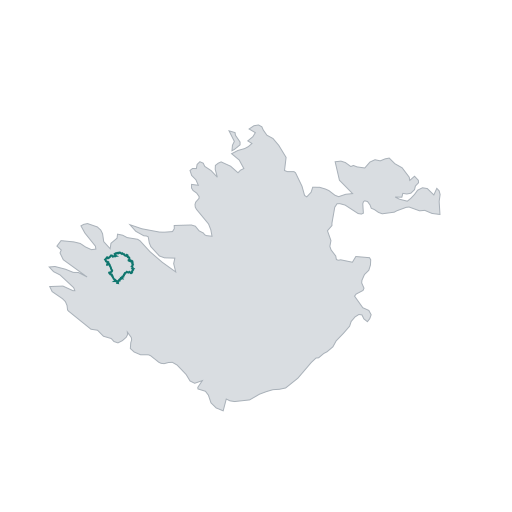 location of Castleisland Lea-4, Kerry, Ireland, rotated 55°
{"feature_id": "5873133B10619392934553", "entity_name": "Castleisland Lea-4", "entity_type": "district", "adm_level": 2, "iso_a3": "IRL", "parent_name": "Ireland", "parent_adm1": "Kerry", "projection": "mercator", "projection_center": [-9.401, 52.23], "detail": "fine", "context": "in_parent", "style": "outline", "palette": "teal", "viewbox_px": 512, "rotation_deg": 55, "n_neighbors": 0, "source": "geoboundaries", "source_scale": "gbopen_adm2", "svg_char_len": 8346}
<svg xmlns="http://www.w3.org/2000/svg" viewBox="0 0 512 512"><g transform="rotate(55 256 256)"><path d="M312.8,96.1L303.7,102.5L302.3,105.0L299.7,114.8L299.4,117.6L293.8,128.4L290.5,130.7L285.8,132.4L283.0,134.2L279.6,133.3L275.3,133.4L273.1,135.4L273.2,136.9L274.5,138.6L282.5,143.5L282.1,145.6L279.8,148.0L265.4,153.8L261.2,157.3L259.7,159.6L261.2,163.5L272.7,175.0L274.6,176.3L276.3,183.0L286.4,185.8L290.5,190.0L294.1,191.0L301.8,190.7L305.0,192.2L306.7,191.0L307.7,188.8L316.4,180.6L313.7,174.5L322.5,164.0L324.9,164.2L329.0,167.4L332.4,171.8L333.4,177.8L336.6,183.1L338.7,184.9L344.3,186.0L345.6,188.1L344.6,195.8L345.4,198.3L359.6,198.2L365.3,194.8L370.2,195.4L372.6,198.8L373.7,202.4L369.4,203.7L365.0,203.0L362.9,205.3L362.7,209.8L364.2,215.6L367.2,219.6L369.5,228.8L371.5,239.0L374.5,245.1L375.2,252.7L374.7,256.4L375.3,263.1L374.0,265.4L374.9,271.7L380.1,291.8L381.1,307.4L378.6,313.3L375.2,318.8L373.0,325.4L371.2,332.4L370.2,343.8L362.9,357.1L359.7,360.4L356.1,362.4L364.0,371.7L357.6,375.8L350.5,377.1L342.7,374.8L337.8,375.0L331.6,379.8L330.2,379.0L327.3,371.4L325.1,379.2L320.6,381.7L312.9,381.2L300.0,383.2L295.1,385.5L293.0,388.9L291.5,393.0L289.5,395.3L287.2,396.6L277.3,399.5L275.3,400.7L270.7,407.2L264.7,410.9L259.7,412.0L255.2,408.3L253.4,406.0L251.3,404.9L244.5,405.0L246.7,406.2L248.1,408.9L248.7,413.9L248.0,418.9L244.6,421.4L240.6,421.9L234.2,427.0L225.9,428.4L221.3,433.2L193.6,441.2L192.1,441.3L188.2,439.2L184.1,438.3L180.0,439.0L168.3,443.4L162.7,442.5L169.9,431.4L179.5,425.8L180.5,424.3L177.4,423.5L159.1,427.4L152.7,430.8L146.4,431.7L149.3,426.7L157.5,419.7L164.6,415.1L167.6,411.0L176.3,406.4L148.5,416.0L141.1,414.8L139.4,412.1L133.7,413.4L131.6,406.9L140.0,397.1L144.9,392.8L150.8,390.5L156.4,387.2L158.5,383.2L155.8,381.9L139.0,383.0L130.9,382.1L131.3,378.9L132.8,375.4L141.2,369.3L145.7,368.3L149.7,368.9L156.9,372.5L166.4,371.3L162.4,367.5L161.7,359.6L158.7,356.9L162.5,353.3L167.0,351.0L174.4,343.4L177.0,342.3L191.6,340.4L207.4,336.4L223.0,330.9L215.0,327.8L211.2,323.7L205.0,332.0L200.6,335.1L188.0,336.8L184.1,335.9L178.5,333.3L176.7,334.3L175.1,336.3L166.8,340.3L158.1,341.3L168.2,333.9L181.1,321.3L184.0,317.3L188.1,310.4L186.8,307.3L184.1,305.5L193.5,291.2L196.8,288.6L202.7,288.2L207.1,285.9L209.1,285.9L210.8,285.0L214.6,280.7L208.7,278.0L202.6,276.5L183.6,278.0L181.1,277.7L178.8,276.4L177.3,274.5L176.1,269.6L174.7,268.5L170.5,268.5L166.2,270.0L163.3,269.8L160.4,267.7L165.0,262.7L159.1,261.5L153.1,262.5L148.1,261.0L147.9,257.8L150.2,254.7L147.2,251.7L146.6,247.9L149.7,246.0L153.2,246.6L160.3,243.8L169.3,242.5L161.6,239.7L158.5,237.3L158.3,233.7L158.9,230.6L167.9,225.3L177.5,223.0L176.8,219.5L177.4,215.8L167.8,214.7L158.2,217.3L159.2,210.2L161.5,203.7L162.0,199.4L161.5,194.8L157.0,196.7L156.5,190.2L154.6,185.8L148.0,188.8L148.1,183.0L150.1,178.8L153.5,177.1L157.0,177.8L163.3,177.8L169.5,174.7L178.4,173.9L192.5,174.8L202.3,183.6L204.8,182.0L208.7,176.5L210.5,175.9L225.2,178.3L234.3,181.5L236.7,180.5L235.4,174.3L232.2,170.1L236.2,164.5L241.0,160.7L244.2,158.8L251.5,156.5L254.8,154.3L256.9,147.1L260.3,141.1L241.8,144.2L224.2,137.1L227.0,132.0L230.7,129.2L237.1,127.0L237.7,124.3L241.0,122.1L246.3,116.4L244.4,108.8L245.4,103.3L249.3,99.7L250.5,94.5L252.2,90.7L260.1,89.3L267.6,85.7L279.3,85.3L282.3,86.7L281.6,80.4L287.1,79.6L289.2,80.8L290.1,85.3L292.6,88.1L293.4,93.1L291.7,96.9L288.9,99.8L291.5,102.8L287.5,108.2L291.8,105.9L297.9,100.6L297.6,96.3L296.5,90.8L294.8,85.9L295.6,80.5L299.0,77.0L308.0,75.3L304.3,69.1L307.6,68.6L311.2,69.9L316.4,74.7L327.5,81.5L322.1,87.4L315.4,91.6L312.8,96.1ZM156.3,212.5L156.0,215.3L151.8,211.8L149.7,208.0L138.0,206.3L142.9,202.4L145.3,203.6L153.5,203.7L155.8,205.3L156.3,212.5Z" fill="#d9dde1" stroke="#a8b0b8" stroke-width="1"/><path d="M198.2,366.8L197.7,366.6L197.4,366.3L197.3,365.9L197.3,365.7L197.1,365.4L197.0,365.0L196.9,365.0L196.8,364.6L196.5,364.6L196.4,364.3L196.3,364.5L196.2,364.5L196.3,364.4L196.1,364.2L195.7,364.3L195.4,364.1L195.2,364.0L195.1,363.9L194.8,363.7L194.5,363.7L194.3,363.6L194.0,363.6L193.7,363.5L193.4,363.6L193.4,363.4L192.9,362.8L192.8,362.6L192.6,362.4L192.6,362.1L192.3,362.0L192.3,361.8L192.2,361.8L192.1,362.0L192.0,361.9L191.9,361.7L191.7,361.5L191.2,361.6L191.1,361.3L190.7,360.9L190.4,360.8L190.2,360.8L190.1,360.7L189.5,360.3L189.1,360.4L188.9,360.5L188.5,360.6L188.3,361.1L188.2,361.3L188.2,361.5L188.4,361.7L188.1,361.8L187.8,361.7L187.3,361.7L187.0,361.6L186.9,361.8L186.8,362.3L187.1,362.7L186.9,362.8L186.6,362.4L186.3,362.5L186.2,361.8L185.8,361.4L185.5,361.3L185.4,361.2L185.1,361.0L184.9,361.0L184.6,360.8L183.6,361.1L183.5,361.3L183.4,361.2L183.0,361.4L182.9,361.3L182.6,361.4L182.5,361.5L182.3,361.4L181.9,361.3L181.7,360.9L180.9,361.2L180.9,361.4L181.1,362.0L181.3,362.0L181.5,362.0L181.4,362.3L180.9,362.5L180.7,362.9L180.3,363.0L179.8,363.2L179.5,363.2L179.0,363.0L178.6,363.5L178.3,363.6L177.9,363.8L177.2,363.9L177.2,364.1L177.3,364.7L176.8,364.9L176.3,365.1L176.2,365.0L175.3,365.4L175.3,365.5L175.3,365.8L175.1,365.9L175.0,366.0L174.9,366.1L174.8,366.3L174.7,366.3L174.7,366.7L174.6,366.8L174.8,367.0L174.8,367.3L174.4,367.3L174.2,367.5L174.2,367.9L173.8,368.1L173.8,368.3L173.7,368.6L173.8,368.9L173.7,369.5L173.3,369.6L173.3,369.8L173.4,370.0L173.3,370.3L173.3,370.6L173.5,370.6L173.8,370.6L174.0,370.8L174.3,370.9L174.6,370.6L175.0,370.6L175.4,370.8L175.6,370.7L175.5,370.9L175.5,371.0L175.3,371.4L175.3,371.6L175.2,371.7L175.3,371.8L175.1,372.0L174.9,372.3L174.6,372.6L174.5,372.9L174.5,373.1L174.5,373.4L174.4,373.7L174.0,373.7L173.7,373.6L173.3,373.8L172.9,373.8L172.7,374.1L172.4,374.5L172.8,375.7L172.9,375.8L172.9,376.1L172.9,376.3L173.0,376.5L173.0,376.9L173.1,377.2L173.0,377.3L173.0,377.5L173.0,378.4L172.8,378.4L172.8,378.5L172.6,378.5L172.3,378.6L172.1,378.9L172.0,378.7L171.9,378.8L172.0,378.9L171.8,378.8L171.7,378.8L171.7,379.0L172.1,379.4L172.0,379.6L172.0,379.9L172.0,380.0L172.2,380.5L172.3,380.7L172.3,380.9L172.3,381.1L172.4,381.7L173.3,381.6L173.7,381.7L173.9,381.8L174.0,381.8L174.3,381.9L174.7,381.8L174.7,381.6L175.0,381.4L175.4,381.3L175.6,381.3L175.8,381.2L175.9,380.8L176.1,380.8L176.4,380.6L176.5,380.7L176.4,380.7L176.4,380.9L176.6,381.2L176.8,381.6L177.2,382.2L177.2,382.3L177.6,382.9L177.8,383.0L177.9,382.8L177.9,382.7L177.9,382.4L178.2,381.8L178.5,381.6L178.6,381.3L178.6,381.0L178.5,380.9L179.1,380.9L179.2,381.0L179.5,381.0L180.4,381.4L180.7,381.3L181.0,381.4L181.3,381.4L182.3,381.6L182.7,381.7L182.9,381.9L183.1,382.0L183.9,382.1L184.6,382.3L184.9,382.1L185.3,382.1L185.7,382.5L186.0,382.9L186.0,383.2L186.0,383.9L185.9,384.2L185.9,384.4L186.1,384.8L185.9,385.1L185.8,385.3L185.6,385.4L185.6,385.6L185.5,385.8L185.8,385.9L186.0,385.8L186.2,386.0L186.6,385.9L187.2,385.8L187.4,385.8L187.6,385.4L187.9,385.3L188.1,385.0L188.3,384.8L188.7,384.8L188.8,384.9L189.1,385.0L189.3,385.4L189.6,385.4L189.8,385.3L189.9,385.2L190.0,385.3L190.4,385.3L190.8,385.4L191.2,385.3L191.3,385.4L191.6,385.4L191.8,385.6L192.0,385.7L192.0,385.8L191.9,385.9L192.0,385.8L192.0,385.7L192.5,385.7L192.9,385.6L193.3,385.6L193.8,385.5L194.3,385.2L195.0,385.0L195.4,385.1L195.4,385.6L195.6,385.7L195.6,385.9L195.8,385.6L196.1,385.3L196.5,385.1L196.3,384.7L196.9,384.5L197.3,384.6L197.5,384.7L197.8,384.7L198.0,384.8L198.4,384.8L198.5,384.8L198.6,385.0L198.7,384.9L198.6,384.7L198.4,384.5L198.6,384.4L198.4,384.3L198.2,384.3L198.2,384.2L198.0,383.9L198.0,383.7L197.9,383.6L197.9,383.8L197.8,383.6L197.6,383.5L197.7,383.4L197.6,383.2L197.7,382.8L197.6,382.7L197.3,382.3L197.4,382.2L197.5,382.2L197.4,382.0L197.3,381.9L197.3,382.0L197.2,381.9L197.1,381.6L197.1,381.4L197.1,381.2L196.9,381.0L196.9,380.9L197.0,380.9L196.9,380.8L196.9,380.7L197.0,380.6L197.1,380.4L197.1,380.2L197.2,379.8L197.1,379.7L197.3,379.6L197.4,379.4L197.4,379.2L197.2,379.1L197.1,378.9L197.2,378.7L197.3,378.6L197.2,378.6L197.3,378.5L197.2,378.4L197.4,378.2L196.7,377.9L196.5,377.7L196.4,377.4L196.4,377.2L196.5,377.0L196.4,377.0L196.5,376.7L196.4,376.5L196.4,376.4L196.4,376.2L196.2,376.0L196.2,375.9L196.2,375.7L196.2,375.4L195.9,375.0L195.8,374.9L195.6,374.9L195.5,374.7L195.5,374.3L195.4,374.3L195.4,374.0L195.2,373.6L194.8,373.2L194.9,372.7L195.1,371.4L194.9,370.9L196.2,370.2L196.4,370.0L196.5,369.7L196.3,369.0L196.3,368.8L196.4,368.7L197.8,368.3L198.2,368.4L198.4,368.2L198.5,368.0L198.5,367.8L198.5,367.6L198.5,367.4L198.2,367.1L198.2,366.8Z" fill="none" stroke="#0f766e" stroke-width="2"/></g></svg>